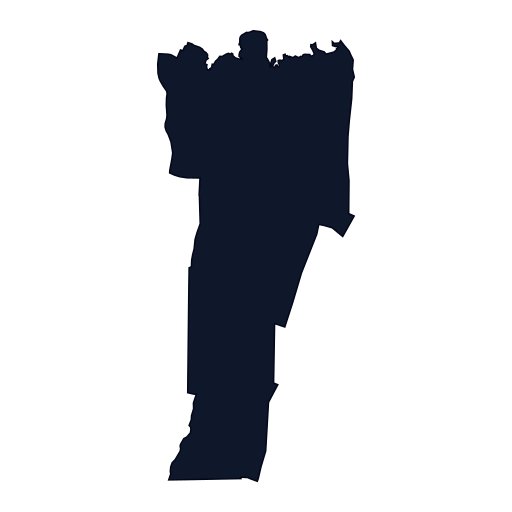 the district of Sagaga le Usoga, Tuamasaga, Samoa
{"feature_id": "51752279B36122243432927", "entity_name": "Sagaga le Usoga", "entity_type": "district", "adm_level": 2, "iso_a3": "WSM", "parent_name": "Samoa", "parent_adm1": "Tuamasaga", "projection": "robinson", "projection_center": [-171.854, -13.828], "detail": "fine", "context": "isolated", "style": "filled", "palette": "ink", "viewbox_px": 512, "rotation_deg": 0, "n_neighbors": 0, "source": "geoboundaries", "source_scale": "gbopen_adm2", "svg_char_len": 2597}
<svg xmlns="http://www.w3.org/2000/svg" viewBox="0 0 512 512"><path d="M168.7,479.9L187.5,479.6L241.0,478.6L241.0,477.2L248.1,477.6L249.2,478.3L257.3,481.3L258.3,478.4L261.0,466.8L265.7,451.0L268.5,402.3L277.8,384.7L273.6,383.0L274.6,323.6L284.8,327.0L292.7,302.5L301.5,272.9L316.8,234.1L318.8,224.4L324.2,225.5L332.2,227.8L342.7,236.5L354.2,216.0L348.7,213.6L349.0,180.7L347.4,163.5L348.0,136.4L349.3,120.7L351.7,98.8L352.4,81.4L354.3,77.1L352.5,69.2L353.2,60.1L352.8,59.0L351.0,55.4L349.1,51.1L344.5,45.7L340.6,40.6L339.4,42.9L334.3,43.4L332.3,41.6L332.5,45.6L335.6,46.6L337.6,46.5L338.4,47.5L336.5,48.7L336.5,49.9L334.0,52.0L326.1,54.1L324.1,51.8L319.2,50.3L316.3,48.1L315.5,42.8L312.5,44.8L310.9,44.6L310.7,46.7L312.9,50.6L314.3,54.1L313.0,55.6L310.3,56.2L309.9,54.5L304.8,54.3L303.2,54.7L302.3,56.6L300.9,56.3L298.7,57.6L295.3,56.0L293.0,57.6L289.3,56.3L288.9,57.4L287.2,55.6L285.5,55.8L285.1,54.2L283.3,54.9L283.8,59.4L281.9,60.6L279.9,60.1L278.2,60.6L278.3,62.8L279.2,64.5L279.2,66.7L277.7,67.0L277.0,64.9L275.5,65.3L274.6,67.6L273.2,67.2L272.9,65.2L274.1,63.0L275.8,61.3L274.7,57.8L271.9,59.6L270.7,63.3L271.4,65.8L270.4,66.9L268.8,61.4L266.3,57.2L266.9,49.5L266.8,41.0L267.6,40.0L266.7,38.8L265.2,34.5L263.6,32.8L260.5,31.6L253.1,30.7L250.5,31.9L247.9,32.6L246.6,32.3L241.8,35.1L240.4,36.7L239.8,38.6L239.8,42.2L239.0,44.7L240.3,45.1L240.8,47.7L242.1,48.8L239.8,51.9L239.1,54.4L239.1,56.4L242.0,58.9L239.4,59.1L235.4,57.9L232.6,55.3L232.8,54.0L231.6,53.2L230.1,54.2L228.6,53.3L226.4,54.0L222.1,56.5L219.8,56.3L217.8,59.1L215.5,61.2L213.8,64.3L212.2,64.2L211.6,67.6L209.7,68.8L209.9,69.8L207.4,69.8L206.5,66.9L207.0,64.7L204.9,63.7L206.1,60.1L208.2,58.5L207.5,57.6L207.6,54.7L206.1,52.6L204.0,51.3L202.3,49.0L199.7,47.3L193.9,45.3L191.9,43.8L187.9,42.6L187.3,45.2L184.8,46.3L182.8,50.7L180.5,49.9L177.0,58.0L171.1,54.8L168.3,54.2L158.9,53.7L157.7,64.1L158.0,73.4L159.1,78.3L160.3,81.1L163.3,86.3L166.7,91.2L167.1,93.8L166.5,97.8L166.3,105.3L167.0,115.2L166.6,118.8L165.2,123.4L165.1,127.2L166.3,131.1L168.1,134.2L171.0,141.9L172.7,152.9L171.9,158.9L169.8,170.2L169.6,172.9L174.5,175.1L179.6,176.7L186.8,177.8L200.0,178.0L199.1,195.1L199.4,196.3L200.2,223.7L197.0,232.7L195.1,239.2L194.1,248.9L192.6,254.8L191.7,259.9L191.4,266.7L189.1,267.8L188.7,298.4L187.7,392.7L193.1,394.0L196.3,394.4L193.4,403.0L193.6,408.7L191.5,415.7L191.3,419.8L189.1,425.4L190.6,427.1L190.9,429.3L190.4,432.8L186.8,437.0L183.8,438.6L180.5,444.3L180.1,446.4L180.6,448.3L180.2,451.1L175.2,459.6L172.2,462.7L170.7,466.9L170.3,471.4L170.7,474.0L168.7,479.9Z" fill="#0f172a" stroke="#020617" stroke-width="1.5"/></svg>